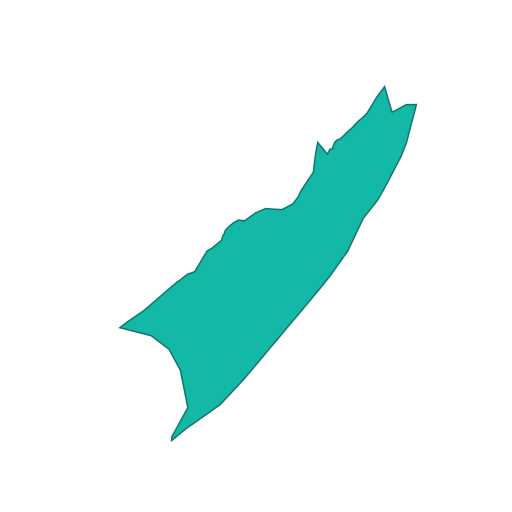 Burullus, Kafr ash Shaykh, Egypt (Mercator projection), rotated 109°
{"feature_id": "37247803B81519659380298", "entity_name": "Burullus", "entity_type": "district", "adm_level": 2, "iso_a3": "EGY", "parent_name": "Egypt", "parent_adm1": "Kafr ash Shaykh", "projection": "mercator", "projection_center": [31.2, 31.522], "detail": "fine", "context": "isolated", "style": "filled", "palette": "teal", "viewbox_px": 512, "rotation_deg": 109, "n_neighbors": 0, "source": "geoboundaries", "source_scale": "gbopen_adm2", "svg_char_len": 1823}
<svg xmlns="http://www.w3.org/2000/svg" viewBox="0 0 512 512"><g transform="rotate(109 256 256)"><path d="M227.7,284.5L229.2,285.5L232.2,288.2L236.0,290.6L240.9,293.0L242.7,293.4L245.8,293.4L248.0,293.8L249.9,293.9L251.8,293.5L253.3,294.3L256.3,296.1L256.8,296.5L263.0,300.2L263.5,300.7L265.4,302.4L266.5,303.4L267.9,304.1L269.9,304.5L290.8,308.8L295.6,314.9L303.6,320.0L307.0,322.5L314.7,327.1L334.1,338.4L344.5,344.5L358.4,354.9L368.1,361.4L365.5,329.2L372.5,307.9L388.5,290.4L421.5,271.1L454.5,276.7L458.0,275.7L456.5,274.8L453.9,273.2L450.6,271.2L449.7,270.6L443.7,267.0L442.5,266.2L441.5,265.5L438.2,263.2L432.4,258.9L427.8,255.6L421.2,250.8L416.3,247.3L410.1,242.9L408.3,241.5L400.3,238.0L392.9,234.7L377.8,228.0L377.1,227.7L375.3,227.0L374.9,226.8L373.7,226.3L369.8,224.8L359.5,220.8L350.1,217.2L339.2,213.1L330.1,209.5L308.0,201.1L305.6,200.1L283.5,191.6L282.1,191.1L277.6,189.4L266.0,185.0L258.8,182.4L251.6,179.8L239.2,176.1L229.9,173.4L224.5,171.8L221.2,170.8L216.9,170.4L210.9,169.7L203.8,168.9L200.0,168.5L194.9,167.9L189.2,167.3L185.6,166.9L182.9,166.0L177.5,164.1L169.5,161.3L169.4,161.2L166.1,160.1L164.0,159.3L161.7,158.9L159.8,158.5L151.4,156.9L147.2,156.2L138.9,154.9L127.2,153.2L124.5,152.8L114.8,151.3L109.6,151.1L100.2,150.6L92.9,151.2L83.4,151.9L60.6,153.6L63.9,163.1L74.1,172.5L75.6,174.3L54.0,189.6L66.7,193.6L73.4,195.0L77.1,195.8L80.3,196.5L84.8,197.5L87.6,198.8L90.8,200.4L95.0,203.0L98.7,204.8L103.2,206.7L109.0,210.0L115.4,213.1L117.6,214.5L118.4,215.0L119.7,217.0L122.7,218.5L126.2,218.7L130.4,218.9L130.8,220.8L136.5,221.6L128.5,234.6L141.8,232.6L148.3,231.2L158.1,229.0L170.2,232.3L174.3,233.3L180.4,234.8L186.3,235.2L186.9,235.5L195.0,238.3L203.6,246.5L205.8,253.8L208.0,262.3L215.4,270.4L226.3,278.2L227.7,284.0L227.7,284.5Z" fill="#14b8a6" stroke="#0f766e" stroke-width="1.5"/></g></svg>